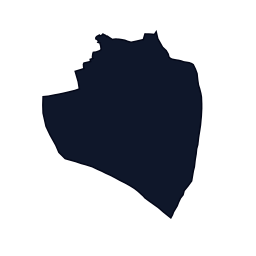 outline of Xaysetha, Vientiane [prefecture], Laos, rotated 77°
{"feature_id": "54806243B76096525034044", "entity_name": "Xaysetha", "entity_type": "district", "adm_level": 2, "iso_a3": "LAO", "parent_name": "Laos", "parent_adm1": "Vientiane [prefecture]", "projection": "natural_earth1", "projection_center": [102.674, 17.973], "detail": "fine", "context": "isolated", "style": "filled", "palette": "ink", "viewbox_px": 256, "rotation_deg": 77, "n_neighbors": 0, "source": "geoboundaries", "source_scale": "gbopen_adm2", "svg_char_len": 1858}
<svg xmlns="http://www.w3.org/2000/svg" viewBox="0 0 256 256"><g transform="rotate(77 128 128)"><path d="M31.0,135.0L31.8,137.8L32.6,138.9L33.9,139.3L34.5,138.5L36.6,137.0L37.7,138.1L38.9,136.1L40.5,136.2L41.8,136.1L43.8,136.3L45.4,136.4L46.3,138.0L46.8,142.0L46.5,144.8L48.0,145.7L49.0,146.0L49.9,146.4L50.3,146.5L50.9,146.7L51.4,146.7L52.3,146.4L52.4,147.0L52.6,149.4L54.8,149.5L54.8,154.7L54.8,156.3L55.9,157.1L58.5,157.5L60.2,157.5L60.5,160.9L60.9,166.7L71.8,166.1L79.0,166.6L79.5,171.3L79.6,178.5L79.6,183.5L79.5,188.2L79.3,191.9L79.2,195.3L79.1,198.5L78.4,203.7L86.4,205.8L94.4,207.4L94.7,207.4L108.0,207.5L117.5,205.4L128.5,202.2L136.2,200.8L143.7,196.1L145.9,192.1L149.0,186.4L152.1,181.4L154.0,177.8L157.7,171.5L161.4,166.9L164.3,163.0L167.0,159.8L170.1,155.7L173.6,151.6L177.2,147.6L180.8,143.2L184.6,139.0L188.3,135.3L191.6,132.6L197.8,128.3L199.9,127.2L203.9,123.8L209.2,119.1L212.0,116.6L218.0,112.2L225.2,106.5L222.6,104.2L220.0,102.5L214.9,97.6L211.9,95.6L208.1,92.6L206.0,90.0L205.8,89.7L205.5,89.4L201.7,87.4L197.9,82.5L197.7,82.3L193.9,77.9L184.5,74.0L180.8,72.1L174.0,69.7L168.7,67.5L163.7,65.8L160.0,63.8L152.9,61.3L150.4,60.3L146.5,58.7L141.4,56.7L137.1,55.3L132.9,53.9L125.5,51.8L121.1,50.8L114.3,49.5L110.7,49.3L105.9,49.4L102.0,49.7L97.0,49.3L90.5,48.5L85.8,49.1L81.0,50.2L79.6,51.5L78.1,53.8L76.1,58.8L74.6,61.2L73.5,63.4L73.0,64.7L72.3,66.4L70.8,69.7L69.7,71.1L67.9,72.2L65.4,72.2L65.1,72.2L61.2,73.4L57.0,76.2L47.7,78.9L40.6,78.9L42.8,81.2L41.4,85.5L40.2,90.3L45.3,93.2L45.3,100.2L45.2,105.7L43.4,109.0L41.8,111.3L40.4,114.5L39.5,116.8L39.0,118.6L38.6,119.7L38.3,122.2L38.3,123.3L35.4,126.1L34.5,126.9L33.9,127.4L34.1,127.9L34.2,128.3L33.8,128.4L33.2,128.6L32.4,129.4L31.9,130.1L31.5,130.6L30.8,131.3L31.4,132.2L31.7,132.6L31.8,133.1L31.9,134.1L32.0,134.6L31.0,135.0Z" fill="#0f172a" stroke="#020617" stroke-width="1.5"/></g></svg>